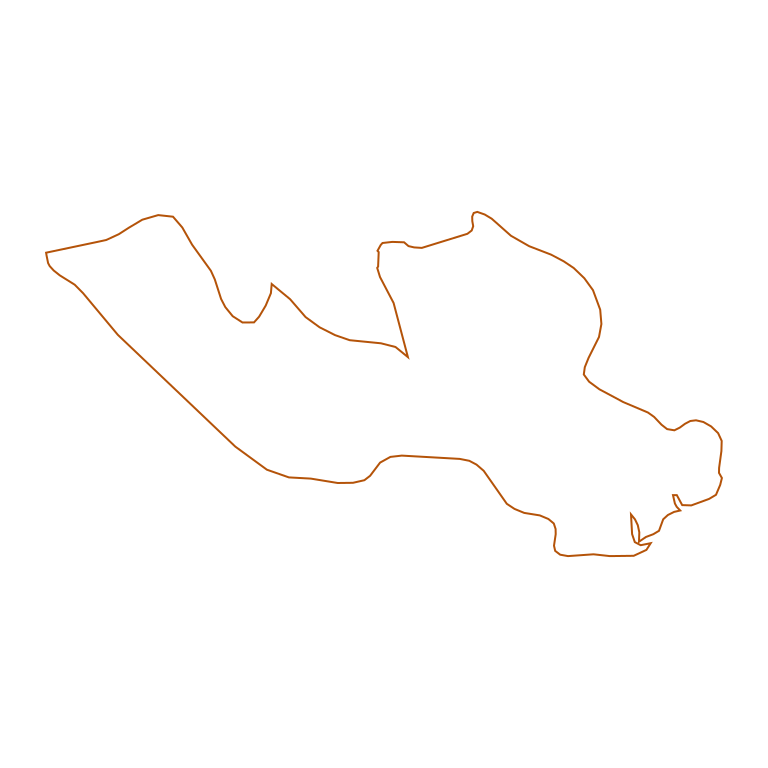 Long An, orthographic projection
{"feature_id": "VNM-503", "entity_name": "Long An", "entity_type": "Province", "adm_level": 1, "iso_a3": "VNM", "parent_name": "Vietnam", "parent_adm1": "", "projection": "orthographic", "projection_center": [106.273, 10.719], "detail": "fine", "context": "isolated", "style": "outline", "palette": "amber", "viewbox_px": 768, "rotation_deg": 0, "n_neighbors": 0, "source": "natural_earth", "source_scale": "10m", "svg_char_len": 1930}
<svg xmlns="http://www.w3.org/2000/svg" viewBox="0 0 768 768"><path d="M158.2,215.1L173.0,216.7L182.3,227.5L192.1,244.7L210.9,270.8L214.8,279.4L221.1,299.0L225.3,307.1L232.7,316.2L242.5,322.5L254.0,322.4L259.1,316.7L265.7,305.6L270.9,293.2L271.7,284.0L290.1,299.2L295.3,305.2L305.6,317.1L319.6,327.3L335.0,335.1L349.7,340.2L381.0,343.3L395.5,347.0L407.9,357.1L393.6,303.0L380.0,277.0L377.2,267.9L378.1,266.6L378.7,252.1L377.5,250.8L380.7,245.0L382.5,243.0L392.3,241.9L404.1,242.3L408.5,246.1L414.1,247.4L421.8,247.9L467.4,233.8L471.7,230.5L473.2,226.2L472.3,221.1L472.2,216.6L473.7,213.0L477.3,211.9L484.7,214.5L491.7,218.7L511.0,235.8L529.2,246.2L551.0,254.6L563.7,261.3L573.7,268.0L584.3,278.2L593.0,290.2L600.2,309.7L601.4,324.0L599.0,337.0L588.6,357.8L584.8,367.2L583.8,374.5L589.1,381.7L599.4,389.3L623.3,402.1L647.9,412.5L654.1,416.9L661.5,424.7L667.1,429.1L674.4,430.3L679.8,427.6L685.0,423.8L690.3,421.0L696.0,420.3L703.4,422.0L711.1,426.4L718.1,433.1L721.7,440.9L721.4,451.1L719.1,467.9L719.0,472.9L721.9,478.0L720.2,484.9L716.0,494.8L709.1,498.9L691.3,505.4L682.2,505.1L676.8,495.1L673.0,495.1L674.9,503.5L676.7,506.8L680.2,510.5L674.1,511.9L667.9,515.0L663.2,519.3L659.0,530.8L653.3,534.2L645.9,537.0L639.0,541.7L639.3,532.3L637.8,525.2L635.0,519.4L631.0,514.4L632.1,534.1L634.8,542.1L640.7,545.2L650.7,543.2L646.4,549.9L633.7,555.8L609.9,556.1L593.5,554.3L568.0,556.1L560.2,554.7L555.2,550.9L554.0,545.7L555.7,534.2L555.6,529.0L553.8,523.5L548.4,519.0L539.8,515.4L524.2,512.9L514.5,508.9L506.8,503.8L483.7,470.8L476.5,464.6L469.3,460.8L459.7,458.9L401.8,455.6L390.4,456.9L380.1,462.6L370.1,475.8L364.4,480.2L353.0,482.8L337.7,483.0L310.8,478.6L288.9,477.4L266.9,469.7L235.3,446.6L117.8,334.8L83.0,293.1L74.7,284.7L59.7,275.3L53.7,270.5L49.7,266.1L48.1,263.1L46.6,255.7L46.1,252.7L97.9,241.8L106.2,240.0L118.8,234.2L129.2,227.5L129.4,227.4L142.3,219.7L158.2,215.1Z" fill="none" stroke="#b45309" stroke-width="2"/></svg>